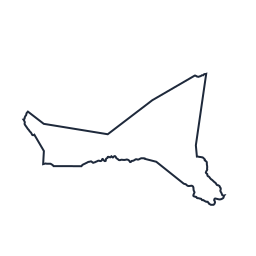 the district of Jacaleapa, El Paraíso, Honduras, rotated 278°
{"feature_id": "27666195B90337288722280", "entity_name": "Jacaleapa", "entity_type": "district", "adm_level": 2, "iso_a3": "HND", "parent_name": "Honduras", "parent_adm1": "El Paraíso", "projection": "albers", "projection_center": [-86.709, 14.063], "detail": "fine", "context": "isolated", "style": "outline", "palette": "slate", "viewbox_px": 256, "rotation_deg": 278, "n_neighbors": 0, "source": "geoboundaries", "source_scale": "gbopen_adm2", "svg_char_len": 5364}
<svg xmlns="http://www.w3.org/2000/svg" viewBox="0 0 256 256"><g transform="rotate(278 128 128)"><path d="M74.6,232.7L74.4,232.1L74.4,231.6L74.6,231.0L74.7,230.8L74.7,230.7L76.4,229.7L77.0,229.3L77.9,228.6L78.4,228.3L78.6,228.2L78.8,228.2L79.1,228.2L79.7,228.3L80.2,228.3L80.7,228.3L81.0,228.2L81.3,228.1L81.5,228.0L81.6,227.8L81.9,227.6L82.0,227.4L82.8,227.0L83.4,226.5L83.5,226.2L83.8,225.3L83.9,225.1L83.8,224.7L83.9,224.2L84.1,223.9L84.3,223.6L85.2,222.9L85.8,222.3L86.0,222.1L86.2,221.5L86.7,220.7L87.1,220.2L87.8,219.2L88.3,218.5L88.5,218.1L88.7,217.6L88.9,217.3L89.3,216.8L89.9,216.1L90.5,215.6L90.7,215.4L91.2,214.6L91.3,214.4L91.3,214.1L91.4,213.9L91.5,213.8L91.6,213.6L91.8,213.4L92.1,213.3L92.8,213.0L93.4,212.9L93.5,212.8L93.8,212.3L94.1,211.8L94.6,211.3L95.3,211.4L96.2,211.6L96.4,211.7L96.8,211.9L97.2,212.1L97.6,212.2L97.9,212.2L98.1,212.2L98.4,212.0L98.6,212.0L99.5,211.9L100.3,211.9L100.7,211.8L101.6,211.6L102.7,211.2L103.8,211.0L104.6,210.9L104.9,210.8L105.2,210.7L105.4,210.6L105.6,210.4L105.8,210.1L106.3,209.2L106.7,208.5L106.8,208.4L107.0,208.4L107.1,208.6L107.3,208.6L107.6,208.3L107.8,208.2L108.8,206.8L109.1,206.4L109.3,205.8L109.3,204.9L109.4,204.1L109.3,203.3L109.4,201.5L109.4,200.9L109.4,200.7L109.3,200.2L120.3,197.6L192.5,197.9L192.2,197.3L192.2,196.9L192.1,196.5L192.0,196.2L191.9,196.0L191.6,195.7L191.4,195.5L191.0,195.3L190.7,195.1L190.5,193.9L190.3,193.6L189.8,193.1L189.5,192.7L189.2,192.1L189.0,191.5L188.7,191.1L188.6,190.9L188.5,190.7L188.5,190.0L188.6,189.4L188.6,189.0L188.7,188.8L188.9,188.5L189.2,187.4L189.3,187.1L189.2,186.8L158.9,148.2L119.0,108.8L120.4,44.0L130.3,26.6L130.0,26.4L129.4,26.0L128.8,25.6L128.5,25.5L128.0,25.4L127.3,25.4L126.5,25.3L126.2,25.1L125.7,24.8L124.9,24.5L123.7,24.2L123.3,24.3L123.1,24.3L122.9,24.3L122.3,23.9L121.9,23.6L121.8,23.3L121.6,23.5L120.4,24.4L119.8,24.8L119.5,24.9L119.3,25.0L118.2,25.0L117.8,25.0L117.5,25.1L117.3,25.2L117.0,25.4L116.1,26.2L114.3,27.9L113.5,28.6L112.9,29.2L112.2,30.1L111.7,30.5L111.1,31.1L110.6,31.6L110.4,32.0L110.0,32.5L109.8,32.7L109.5,32.9L109.0,33.3L108.4,33.7L108.0,34.0L107.8,34.2L107.7,34.4L107.7,34.6L107.7,34.8L107.7,35.1L107.8,35.4L108.0,35.8L108.1,36.0L108.3,36.2L93.5,47.9L80.4,49.0L81.4,51.4L81.3,52.5L81.4,53.2L81.5,53.9L81.6,54.6L81.7,55.3L81.8,56.1L81.7,56.6L81.4,57.2L81.0,58.2L80.6,58.7L80.4,59.2L79.9,59.6L83.7,87.2L85.1,88.0L85.3,88.2L85.7,88.9L86.2,89.5L86.6,90.2L87.2,91.0L87.5,91.5L88.0,92.2L88.6,93.0L88.9,93.5L89.0,93.7L89.2,94.5L89.7,95.6L89.8,96.1L89.7,96.2L89.6,96.6L89.4,97.0L88.8,98.0L88.7,98.3L88.8,98.4L89.5,100.1L90.0,100.7L90.4,101.5L91.1,102.5L91.3,102.8L91.5,103.1L91.5,103.4L91.6,104.0L91.5,104.3L91.4,104.8L91.4,105.1L91.5,105.6L91.6,105.8L91.8,106.1L92.0,106.3L92.6,106.6L93.2,106.7L93.5,106.8L93.7,107.0L93.8,107.1L93.8,107.3L93.7,107.4L93.1,108.0L92.8,108.3L92.4,108.9L92.1,109.3L92.0,109.5L92.0,109.8L92.1,110.0L92.3,110.4L92.4,110.5L94.0,110.5L94.3,110.6L94.7,110.8L94.9,111.0L95.0,111.1L95.2,111.4L95.3,111.5L95.6,111.9L96.5,112.0L96.7,112.3L96.7,112.9L96.7,113.3L96.5,114.1L96.5,114.4L96.5,114.6L96.6,114.8L96.9,115.0L97.2,115.2L97.5,115.3L97.7,115.5L96.8,116.9L96.7,117.1L96.8,117.3L97.4,117.7L97.8,118.0L98.0,118.2L98.2,118.5L98.3,118.7L98.3,118.9L98.3,119.1L98.1,119.4L97.8,119.8L96.7,120.5L96.5,120.8L96.3,121.1L96.1,121.6L95.8,122.2L95.1,123.2L95.0,123.5L95.0,123.9L95.0,124.2L95.1,124.6L95.2,124.9L95.5,125.4L95.7,126.1L95.7,126.5L95.8,128.6L96.1,129.7L96.4,130.6L96.6,131.0L96.6,131.5L96.6,132.0L96.5,132.3L96.4,132.7L96.3,133.0L96.1,133.3L95.6,133.9L94.7,134.7L94.7,134.9L94.6,135.0L94.7,135.3L94.9,135.6L95.1,135.8L95.6,136.0L95.9,136.3L96.0,136.5L96.1,137.1L96.2,137.3L96.3,137.7L96.5,138.0L96.7,138.3L97.2,139.0L97.4,139.2L97.9,139.7L98.0,139.9L98.1,140.2L98.2,140.4L98.2,140.8L98.2,141.3L98.1,141.8L98.1,142.1L98.1,142.3L98.2,142.6L98.3,142.9L98.4,143.1L99.0,143.9L99.6,144.8L99.7,145.0L99.9,145.4L100.0,146.0L100.1,146.9L100.2,147.5L100.2,148.6L100.1,149.0L99.8,149.0L98.5,160.7L80.7,190.8L80.5,191.5L80.4,192.8L80.2,193.3L80.1,193.5L79.9,193.7L79.7,194.0L79.4,194.4L79.2,194.9L79.0,195.4L79.0,195.9L79.0,196.4L79.7,199.0L79.6,199.6L79.4,199.9L79.3,200.2L79.2,200.4L79.0,200.6L78.8,200.7L78.6,200.8L78.0,201.1L76.5,201.4L75.5,201.7L75.2,201.8L74.6,202.2L74.0,202.6L73.8,202.7L73.6,202.8L73.4,202.8L72.7,202.6L72.2,202.4L71.5,202.3L70.8,202.1L70.2,202.1L69.9,202.2L69.7,202.4L69.6,202.6L69.5,202.8L69.4,203.4L69.3,204.1L69.2,204.4L69.3,204.8L69.2,205.1L69.1,205.4L68.9,205.5L68.5,205.8L68.4,205.9L68.4,206.0L68.3,206.3L68.2,206.6L68.2,207.0L68.3,207.8L68.3,208.0L68.1,208.6L68.1,209.1L68.1,209.8L68.0,210.1L68.0,210.3L67.8,210.5L67.3,211.0L67.0,211.3L66.9,211.4L66.9,211.6L67.0,211.8L67.0,212.1L67.1,212.8L67.0,213.0L66.6,213.5L66.1,214.9L65.8,215.8L65.9,216.0L66.0,216.3L66.0,216.7L66.0,217.2L65.8,217.3L65.2,217.9L64.9,218.4L64.6,218.6L64.5,218.8L64.3,218.8L64.2,218.9L64.0,219.4L63.6,220.6L63.5,220.8L63.6,221.5L63.7,222.5L63.8,223.0L63.9,223.4L64.2,223.7L64.5,223.9L64.8,224.1L65.4,224.3L65.9,224.4L66.3,224.5L66.8,224.4L67.1,224.3L67.6,224.1L67.9,223.9L68.1,223.6L68.3,223.5L68.4,223.4L68.7,223.4L69.1,223.4L69.6,223.5L69.9,223.6L70.1,223.8L70.3,224.1L70.3,224.5L70.2,225.8L70.0,227.6L70.0,228.2L70.0,228.5L70.1,228.9L70.2,229.4L70.6,230.4L70.9,230.8L71.3,231.4L71.7,231.8L72.0,232.1L72.3,232.2L72.8,232.3L74.2,232.5L74.4,232.6L74.6,232.7Z" fill="none" stroke="#1e293b" stroke-width="2"/></g></svg>